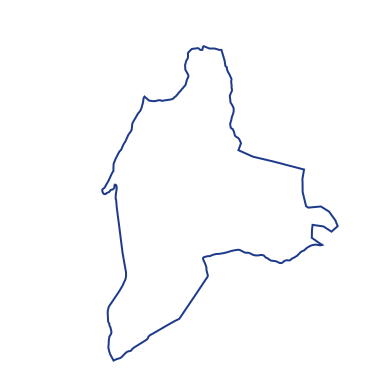 outline of Bikoro, Équateur, Democratic Republic of the Congo, rotated 342°
{"feature_id": "63176286B68262610189121", "entity_name": "Bikoro", "entity_type": "district", "adm_level": 2, "iso_a3": "COD", "parent_name": "Democratic Republic of the Congo", "parent_adm1": "Équateur", "projection": "orthographic", "projection_center": [18.187, -0.751], "detail": "fine", "context": "isolated", "style": "outline", "palette": "blue", "viewbox_px": 384, "rotation_deg": 342, "n_neighbors": 0, "source": "geoboundaries", "source_scale": "gbopen_adm2", "svg_char_len": 4170}
<svg xmlns="http://www.w3.org/2000/svg" viewBox="0 0 384 384"><g transform="rotate(342 192 192)"><path d="M261.6,65.1L258.0,62.6L253.0,61.0L248.3,57.0L247.9,57.1L247.5,57.2L245.7,60.0L245.5,59.9L244.4,59.7L243.5,59.0L242.6,57.4L241.7,56.9L240.4,56.7L236.1,55.9L233.9,56.9L231.1,58.5L230.6,60.2L230.6,60.3L230.3,61.3L230.2,61.6L230.0,62.1L229.2,63.6L227.2,65.3L224.7,69.0L223.7,72.6L223.5,73.9L224.1,76.6L224.6,79.5L224.3,80.7L224.1,81.4L224.0,81.5L223.0,82.4L223.0,82.5L222.7,82.7L221.6,84.1L221.1,84.7L220.7,85.6L219.8,86.6L219.4,87.7L218.7,88.3L217.7,89.0L216.8,89.4L215.8,90.2L214.8,90.7L213.6,91.4L212.7,92.1L210.0,93.5L209.0,94.3L208.5,94.6L207.8,95.0L207.2,95.4L206.1,96.0L205.4,96.2L204.9,96.3L202.9,97.4L200.9,97.5L195.8,96.7L192.9,96.2L191.5,96.0L190.0,94.8L187.0,94.2L186.0,94.3L185.4,94.2L183.1,93.6L180.2,92.2L179.4,91.8L176.3,86.6L175.1,87.6L172.9,92.0L170.3,95.9L169.6,96.9L168.1,98.6L167.9,98.8L167.1,99.3L164.5,101.0L163.3,102.1L161.2,104.0L158.5,106.4L156.8,108.0L156.5,108.5L155.9,109.5L154.1,113.7L153.0,115.1L149.2,117.9L146.9,120.4L146.0,121.4L145.5,122.0L144.4,123.2L141.5,125.6L137.6,130.0L135.6,131.0L135.4,131.2L135.1,131.4L129.4,137.0L129.2,137.2L129.0,137.5L126.1,141.1L123.6,148.0L123.2,148.2L121.6,149.5L116.1,155.5L113.3,158.0L110.4,160.7L109.9,160.9L107.4,162.0L107.0,163.2L107.0,164.1L107.0,164.9L107.4,166.2L107.6,166.5L107.8,166.8L109.2,167.3L110.1,166.8L110.4,166.6L111.1,166.6L111.8,166.5L112.9,166.4L113.1,166.4L113.3,166.3L114.1,165.8L115.2,165.0L116.3,165.0L117.9,165.0L119.1,164.2L119.5,164.0L120.2,161.9L120.9,161.2L121.2,161.4L121.7,161.6L122.0,162.3L121.9,163.9L121.9,164.0L121.5,165.3L118.2,172.1L118.1,172.5L117.9,173.1L117.6,174.0L117.3,174.8L117.4,175.7L117.4,176.0L115.7,183.3L113.9,192.7L113.0,197.7L107.1,228.7L105.4,240.8L104.5,247.6L103.4,251.4L101.7,254.5L99.6,256.7L97.0,259.6L92.5,263.6L85.0,269.5L81.8,272.0L77.6,275.2L76.9,276.3L76.0,277.6L74.7,280.0L72.2,289.3L72.4,290.5L72.6,291.8L72.4,292.8L72.3,294.0L72.5,294.8L72.6,295.2L72.3,299.3L72.2,300.0L71.5,301.4L71.3,301.9L70.2,302.8L68.7,304.0L68.2,305.3L67.3,306.7L65.7,311.0L64.4,314.0L64.0,318.1L64.0,320.9L65.3,328.1L67.9,327.7L72.6,327.7L74.2,327.2L78.6,324.8L81.0,323.9L82.4,323.9L84.3,324.1L85.1,324.0L86.7,322.8L88.9,322.0L96.1,320.2L103.3,318.4L104.9,317.4L105.8,316.3L107.4,315.3L108.8,315.0L116.6,313.4L124.8,311.6L135.7,309.4L140.7,308.7L164.3,290.3L179.2,278.5L179.9,278.1L181.2,276.6L181.3,275.6L181.5,272.5L181.7,270.2L182.4,268.3L182.4,266.6L182.3,264.0L181.8,259.5L182.0,258.3L183.0,257.7L184.1,257.7L185.8,257.8L186.6,257.8L189.3,258.5L192.1,258.2L195.7,258.4L198.3,259.1L199.1,259.3L203.2,259.9L207.5,260.2L211.1,260.2L216.2,260.8L218.7,261.4L219.6,262.0L220.6,263.0L222.1,264.5L223.2,265.6L224.6,266.5L225.9,266.9L227.4,267.5L229.2,269.2L230.8,270.8L233.2,272.1L235.9,272.9L236.6,272.9L237.3,273.0L238.9,273.5L239.3,273.6L240.1,274.2L240.7,274.6L241.0,275.2L241.8,277.0L243.1,278.2L243.9,279.1L244.0,279.2L244.6,280.2L245.8,281.5L246.0,281.7L249.9,283.5L251.5,284.7L253.3,286.5L254.9,287.2L256.3,287.1L258.5,286.1L260.8,286.1L262.3,286.7L263.1,287.1L264.2,287.2L266.5,286.2L269.1,285.9L272.8,284.9L273.2,284.6L277.2,282.6L279.6,282.2L280.2,282.2L280.3,282.2L280.6,282.2L281.8,281.6L282.2,281.5L282.7,281.2L283.8,280.7L287.6,279.8L289.8,279.7L293.0,280.1L297.6,282.4L299.4,282.6L299.5,282.6L296.7,279.2L291.8,272.6L294.3,265.4L296.5,260.5L306.4,265.4L312.4,272.8L312.6,272.7L320.0,269.5L319.6,263.3L316.3,253.0L313.7,249.9L310.1,245.6L297.8,242.8L296.1,240.7L297.2,226.3L299.1,220.2L299.9,217.7L301.0,213.8L304.6,207.0L305.5,205.2L304.5,204.6L291.5,196.3L287.6,193.8L287.4,193.6L283.6,191.2L278.4,187.9L260.8,177.2L249.1,166.6L253.7,160.7L253.3,156.9L252.8,155.2L250.6,152.5L250.3,151.5L250.5,147.1L250.0,144.4L249.3,143.9L248.8,143.1L248.8,142.1L249.3,139.0L249.4,138.8L249.5,138.7L251.6,135.7L252.9,133.3L255.3,130.2L256.6,128.1L257.5,125.1L257.1,121.8L256.3,118.9L257.7,112.1L258.7,111.0L259.7,109.7L260.9,108.6L261.8,106.8L261.7,105.4L262.1,104.4L262.4,103.7L262.9,101.5L263.2,99.6L264.5,96.6L263.9,91.6L263.3,88.8L263.2,85.3L263.7,84.3L262.7,82.4L263.6,77.1L263.9,66.0L261.6,65.1Z" fill="none" stroke="#1e3a8a" stroke-width="2"/></g></svg>